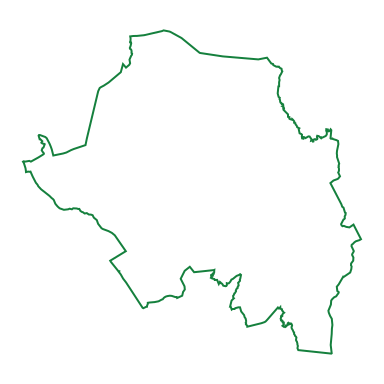 outline of Tampamolón Corona, San Luis Potosí, Mexico
{"feature_id": "50627088B27548444150283", "entity_name": "Tampamolón Corona", "entity_type": "district", "adm_level": 2, "iso_a3": "MEX", "parent_name": "Mexico", "parent_adm1": "San Luis Potosí", "projection": "robinson", "projection_center": [-98.758, 21.551], "detail": "fine", "context": "isolated", "style": "outline", "palette": "green", "viewbox_px": 384, "rotation_deg": 0, "n_neighbors": 0, "source": "geoboundaries", "source_scale": "gbopen_adm2", "svg_char_len": 5987}
<svg xmlns="http://www.w3.org/2000/svg" viewBox="0 0 384 384"><path d="M177.1,298.0L182.2,295.7L183.1,291.9L184.8,289.5L184.5,286.3L180.7,278.8L184.7,270.8L189.8,266.8L194.1,272.2L213.8,270.1L214.3,269.9L214.2,270.7L214.2,272.2L213.7,273.7L213.0,273.4L212.5,273.9L212.8,275.2L211.9,274.9L211.1,275.1L211.1,275.8L211.8,276.3L211.9,276.8L211.3,277.1L210.9,277.8L212.2,278.5L214.3,279.0L214.7,280.0L217.1,279.9L218.8,284.0L219.9,281.9L220.7,282.6L220.8,283.2L221.6,283.4L222.3,284.0L223.3,285.7L225.6,286.2L226.3,286.0L226.8,285.3L226.8,283.2L227.8,283.5L228.8,283.3L230.3,281.7L231.4,279.6L232.9,278.9L236.6,275.9L239.2,274.9L240.1,274.2L241.0,274.9L240.2,278.9L239.8,279.7L240.0,280.8L238.1,282.9L238.4,283.8L238.6,285.6L238.2,285.9L237.5,287.3L237.7,287.9L236.6,288.8L235.8,290.5L236.0,291.3L234.7,293.4L234.3,293.5L233.8,295.0L233.1,295.9L233.3,297.8L233.9,298.3L231.6,300.5L230.1,306.5L230.6,306.4L231.7,309.6L232.5,309.0L234.6,309.0L235.2,308.2L238.5,307.3L240.0,307.3L241.2,311.5L244.1,315.1L244.6,317.1L245.6,318.5L246.3,321.6L246.5,321.5L245.8,322.3L245.7,322.8L246.1,323.5L245.9,324.3L247.2,325.7L247.3,326.7L261.4,323.2L264.6,322.1L265.7,321.4L267.3,319.7L277.9,307.5L278.7,308.5L279.2,308.5L280.3,307.2L280.4,308.5L280.6,308.8L282.0,309.3L281.9,310.0L282.7,311.3L283.2,311.7L284.0,311.5L283.3,311.9L283.4,312.2L284.1,312.7L282.9,313.7L282.5,314.3L282.4,315.1L281.3,315.7L281.1,316.1L281.3,316.5L281.6,316.6L281.0,317.1L281.0,317.8L280.6,318.8L281.3,320.0L281.1,320.5L281.7,320.9L282.4,320.7L282.9,321.7L282.6,322.2L282.8,322.6L283.8,322.6L283.8,323.5L283.5,324.8L282.5,325.8L283.8,326.8L284.6,326.7L285.1,327.1L285.3,327.0L285.3,326.6L286.0,326.4L286.0,326.0L285.8,325.5L287.0,325.5L287.4,324.7L287.9,324.9L288.8,323.9L288.6,323.2L288.2,323.0L288.4,322.8L289.1,323.5L289.4,324.1L289.7,324.3L290.3,324.1L290.3,323.7L290.0,323.4L291.3,323.6L292.0,325.0L292.1,325.7L291.5,327.1L291.8,328.6L292.5,329.6L293.9,332.7L294.1,332.7L294.1,334.1L294.7,334.8L295.0,335.8L295.7,336.4L296.4,337.4L296.0,340.0L296.4,341.0L296.9,341.7L297.4,343.6L297.4,344.5L297.9,346.0L297.6,347.2L297.5,348.3L298.3,350.1L331.3,353.6L331.7,353.3L330.7,345.0L331.7,334.0L331.9,328.8L332.4,325.0L331.8,318.8L330.1,315.9L328.8,312.7L328.4,310.7L330.9,304.6L331.2,300.6L332.0,299.4L334.1,297.3L336.2,296.3L337.7,294.1L338.2,293.6L338.7,292.6L338.7,292.1L337.3,291.0L336.8,286.7L338.7,284.4L343.2,276.7L343.6,277.0L350.2,272.5L351.3,269.1L351.6,266.4L351.0,265.3L351.1,263.5L353.2,260.7L353.4,257.5L352.1,254.9L352.1,254.6L352.4,253.7L353.3,252.3L353.8,251.1L351.5,246.2L351.7,244.8L353.1,243.7L354.3,242.4L355.8,241.3L359.5,240.1L361.0,239.2L353.5,224.6L349.4,227.4L346.3,226.9L343.9,225.9L342.5,226.2L341.6,225.4L341.1,224.1L343.5,219.5L344.0,219.3L344.8,218.5L344.7,216.4L345.5,214.9L345.7,213.0L345.0,212.6L343.5,207.6L342.2,206.7L341.4,204.3L330.4,183.1L333.5,180.5L337.3,179.1L338.2,178.6L340.0,176.3L338.2,172.5L338.7,171.6L339.0,170.2L338.9,168.0L338.4,167.1L338.9,166.1L338.6,165.4L339.2,163.7L337.0,157.0L337.1,155.8L336.8,153.4L337.0,150.9L338.4,144.1L338.0,140.9L336.4,140.1L332.8,139.0L332.5,138.5L331.1,138.8L330.5,138.3L331.3,130.2L330.6,129.3L329.6,130.9L328.8,131.4L327.9,131.0L327.9,129.5L326.3,129.2L326.2,130.8L326.8,131.9L326.8,134.3L326.5,134.9L325.7,136.0L321.7,137.9L321.2,137.2L320.5,137.2L320.5,137.7L318.7,136.1L317.2,135.8L316.9,136.9L317.4,138.6L317.2,139.2L315.9,139.8L315.0,139.1L313.1,139.8L313.5,141.0L313.4,141.5L312.9,141.6L312.1,140.3L311.1,140.7L311.3,139.8L311.6,139.4L309.6,136.5L308.4,136.4L305.5,138.1L304.3,137.2L303.7,137.1L303.4,138.7L302.1,138.4L301.8,136.4L302.0,134.7L301.4,134.1L299.6,133.3L298.7,129.1L299.3,128.3L297.2,127.2L296.6,125.5L295.6,124.5L295.3,123.1L294.1,122.7L294.3,121.4L292.9,119.7L292.1,119.0L291.9,119.7L290.0,119.1L289.3,118.6L289.4,117.1L288.0,116.8L288.0,114.4L283.5,109.8L283.3,108.6L284.0,108.5L283.8,107.6L283.0,106.7L282.4,106.3L283.3,105.9L283.1,104.3L282.3,103.8L281.7,104.0L281.4,103.1L281.1,102.8L280.7,102.8L280.2,101.9L280.0,100.0L279.5,99.0L279.8,97.8L278.6,96.9L277.7,93.5L278.4,86.4L279.1,86.3L279.1,82.2L279.6,80.0L279.1,78.0L280.1,75.2L280.7,74.6L282.3,71.3L281.9,70.9L281.5,68.7L280.0,68.0L278.9,66.7L278.2,66.9L277.9,66.6L276.3,66.7L273.3,65.1L273.0,64.0L271.3,63.5L267.0,57.7L258.3,59.4L222.8,56.4L200.2,53.0L199.6,52.8L181.5,38.0L170.4,31.9L169.3,31.5L163.6,30.4L162.0,31.1L144.1,35.2L137.2,35.9L133.2,36.0L130.2,36.4L130.6,38.7L130.5,40.3L130.4,41.3L130.0,42.0L130.1,42.4L131.0,42.4L131.2,43.3L130.6,45.9L129.8,48.0L130.1,48.9L131.0,49.4L131.3,50.0L131.6,51.1L131.5,53.0L132.1,53.5L131.9,54.8L131.2,55.7L129.5,59.6L130.1,63.3L129.3,64.8L126.0,67.6L123.0,64.1L120.8,72.2L108.6,82.5L103.7,85.7L101.0,87.1L99.7,88.0L98.2,91.2L86.8,138.7L85.5,145.1L73.8,149.0L71.1,150.1L66.4,152.5L63.1,153.5L53.3,155.5L51.8,149.5L50.8,146.7L49.6,143.8L46.7,138.2L45.3,137.0L39.8,135.0L38.9,135.1L38.6,135.6L39.6,139.1L40.0,138.9L42.3,141.2L41.4,142.7L42.4,143.5L44.0,143.8L44.7,144.2L43.5,147.5L42.4,148.3L41.7,150.3L42.7,151.9L43.7,153.1L43.9,153.8L43.0,154.6L38.3,157.5L30.9,161.6L29.3,160.9L25.3,161.6L23.6,161.3L23.0,161.7L23.9,163.1L25.5,168.2L25.9,170.8L26.0,172.1L28.1,171.6L29.7,171.8L30.5,171.6L32.7,176.6L35.9,182.8L37.5,184.7L38.3,186.3L41.1,189.3L49.6,196.0L51.6,198.0L53.0,199.1L53.8,200.0L55.3,203.7L56.0,204.6L57.6,206.5L59.6,208.3L63.9,209.8L68.2,209.3L69.6,208.7L71.9,209.3L73.2,208.3L76.8,208.5L78.2,209.0L79.3,208.9L80.4,210.9L81.8,211.9L82.9,212.2L84.6,213.5L86.8,213.1L88.8,214.5L90.9,214.6L92.6,215.2L93.8,217.6L96.8,220.1L98.1,223.8L101.5,228.2L102.8,229.0L108.5,231.1L111.9,232.9L114.8,235.3L125.8,251.2L110.2,260.7L111.0,262.0L118.3,271.1L119.3,271.2L119.2,271.9L118.9,272.0L120.8,274.5L123.1,278.6L126.1,282.5L142.6,307.8L143.3,308.2L146.0,306.9L147.0,306.7L147.0,305.9L147.8,303.9L147.8,302.8L149.7,302.5L154.5,302.1L158.6,301.3L161.7,299.6L162.7,299.3L163.8,297.9L164.7,297.2L166.0,296.5L167.4,296.1L169.8,295.7L171.8,295.9L175.4,297.1L176.7,297.0L177.1,298.0Z" fill="none" stroke="#15803d" stroke-width="2"/></svg>